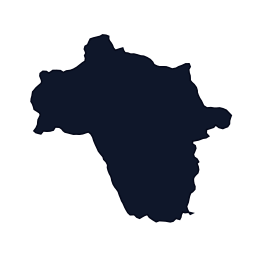 Conceição do Rio Verde, Minas Gerais, Brazil (Robinson projection), rotated 279°
{"feature_id": "56859067B49898268691236", "entity_name": "Conceição do Rio Verde", "entity_type": "district", "adm_level": 2, "iso_a3": "BRA", "parent_name": "Brazil", "parent_adm1": "Minas Gerais", "projection": "robinson", "projection_center": [-45.092, -21.892], "detail": "fine", "context": "isolated", "style": "filled", "palette": "ink", "viewbox_px": 256, "rotation_deg": 279, "n_neighbors": 0, "source": "geoboundaries", "source_scale": "gbopen_adm2", "svg_char_len": 2829}
<svg xmlns="http://www.w3.org/2000/svg" viewBox="0 0 256 256"><g transform="rotate(279 128 128)"><path d="M215.6,94.6L216.2,91.7L216.0,88.3L214.2,86.1L212.8,82.8L211.5,79.7L210.0,76.8L207.0,75.9L203.9,75.1L202.0,72.8L199.1,72.5L197.3,73.7L195.3,74.7L192.8,73.8L190.3,75.1L187.2,75.1L185.3,72.9L182.9,70.7L179.9,67.9L177.5,64.9L175.9,62.1L174.7,58.1L172.7,55.4L174.1,52.4L173.7,48.2L173.1,44.7L171.4,43.0L169.9,41.2L171.1,38.5L170.7,35.0L168.2,32.7L165.6,32.8L163.1,34.3L160.8,35.5L158.5,35.3L156.8,33.8L154.9,32.2L153.0,30.7L150.9,29.5L148.8,28.2L146.5,28.2L144.5,28.2L141.8,27.9L138.9,28.1L137.0,29.8L134.3,31.3L131.7,32.4L130.5,35.2L129.1,38.3L127.2,39.4L124.8,38.8L122.1,37.9L119.6,38.0L117.3,38.2L113.6,37.2L110.4,35.5L109.0,37.7L108.7,40.3L108.5,42.9L111.8,44.8L112.1,48.5L112.8,51.5L114.2,54.6L117.6,56.0L118.0,60.1L116.9,62.6L115.2,64.4L114.1,66.4L113.9,68.9L113.6,71.8L113.3,75.0L113.9,78.0L114.2,81.0L115.2,84.2L116.8,87.2L117.9,89.5L116.4,92.2L113.5,94.6L110.0,96.3L106.6,98.4L103.5,100.5L100.6,102.4L98.3,104.8L95.7,107.8L93.1,109.0L91.2,111.6L88.4,113.7L85.6,113.9L82.9,115.1L80.0,116.8L78.0,118.4L75.9,119.5L73.4,120.4L70.1,122.2L67.6,124.3L66.0,126.1L63.7,128.3L60.4,130.0L57.8,131.6L55.1,133.1L53.2,134.7L51.4,135.9L49.2,137.3L46.8,139.1L44.3,141.2L42.6,143.7L43.4,147.8L41.3,150.6L40.6,153.6L42.8,156.2L44.4,158.3L45.6,160.7L43.1,163.1L41.3,166.8L39.8,170.5L41.4,173.4L41.7,176.4L42.0,179.8L41.9,184.4L43.0,187.1L46.2,189.5L45.8,193.4L48.2,194.2L50.6,194.2L53.5,195.1L53.3,197.6L54.3,201.2L56.9,199.4L59.7,198.1L62.2,198.7L64.2,199.1L67.2,199.2L70.5,199.4L73.5,200.0L75.3,201.9L77.9,203.6L80.7,203.3L83.0,201.9L85.6,201.0L88.1,200.5L90.1,201.0L92.0,202.1L94.6,204.0L97.8,204.3L100.9,203.3L103.8,201.6L105.6,203.1L108.2,201.0L109.6,198.0L112.2,196.7L115.1,197.5L118.6,198.2L121.1,197.1L122.4,194.1L125.1,193.9L126.3,197.1L127.1,199.3L128.3,201.5L129.6,203.7L130.5,206.6L132.6,209.1L135.0,206.1L138.7,205.8L140.6,209.6L142.1,212.5L144.7,214.1L142.7,217.8L142.3,221.8L143.7,224.0L144.9,226.2L147.9,227.6L151.0,227.2L154.1,227.6L156.6,228.1L158.8,225.2L161.0,222.3L161.9,218.8L162.2,215.4L161.5,212.5L161.1,210.0L161.1,206.7L160.2,202.8L161.8,199.2L164.0,197.7L166.1,196.3L168.8,193.9L171.7,192.0L173.8,190.9L176.0,190.4L178.7,189.1L181.3,186.5L183.1,183.8L184.8,182.0L187.1,181.6L189.4,181.1L191.9,179.8L195.3,178.8L198.3,179.9L201.0,178.3L200.4,174.9L198.1,171.5L196.4,168.4L194.6,166.2L193.2,162.4L194.0,158.7L194.4,156.0L194.0,153.3L193.4,149.6L193.7,146.9L194.7,143.7L197.0,142.0L199.1,139.3L200.5,135.8L201.4,132.3L201.2,129.2L201.7,125.8L202.0,122.3L201.4,119.0L202.0,116.1L201.8,113.4L203.7,111.6L206.2,110.3L204.8,107.3L202.8,103.4L204.7,101.1L207.2,99.7L209.3,98.0L211.0,96.2L212.8,95.0L215.6,94.6ZM54.3,201.2L52.5,203.0L54.0,205.2L54.3,201.2Z" fill="#0f172a" stroke="#020617" stroke-width="1.5"/></g></svg>